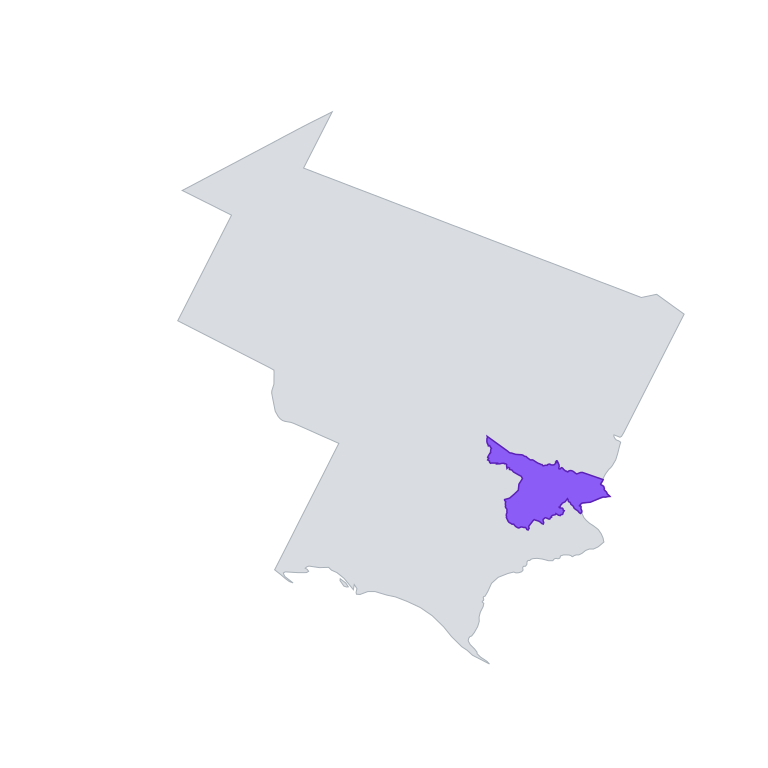 Mauritania, with Assaba highlighted, rotated 297°
{"feature_id": "MRT-2789", "entity_name": "Assaba", "entity_type": "Region", "adm_level": 1, "iso_a3": "MRT", "parent_name": "Mauritania", "parent_adm1": "", "projection": "natural_earth1", "projection_center": [-11.553, 16.707], "detail": "fine", "context": "in_parent", "style": "filled", "palette": "violet", "viewbox_px": 768, "rotation_deg": 297, "n_neighbors": 0, "source": "natural_earth", "source_scale": "10m", "svg_char_len": 7038}
<svg xmlns="http://www.w3.org/2000/svg" viewBox="0 0 768 768"><g transform="rotate(297 384 384)"><path d="M336.7,649.0L335.9,648.6L332.1,645.6L330.2,641.9L327.2,639.2L323.0,637.3L320.2,635.2L319.0,632.9L317.4,631.3L315.8,630.5L315.6,629.7L316.0,628.5L315.6,626.3L313.2,621.5L310.9,619.3L308.9,619.7L307.8,619.1L307.1,618.0L306.8,616.5L305.5,615.1L303.2,614.6L301.3,611.0L299.9,604.5L298.1,599.4L295.8,595.7L294.2,594.3L293.0,594.1L292.6,593.5L292.3,592.5L290.6,592.1L288.1,593.2L285.9,592.8L284.8,591.0L283.3,590.9L281.3,592.4L279.2,591.9L276.9,589.6L275.6,587.3L275.4,585.0L271.4,580.4L263.6,573.5L255.2,570.3L246.0,570.7L240.9,570.4L239.8,569.3L238.6,569.4L237.5,570.6L236.3,570.9L235.0,570.2L234.2,570.7L233.9,572.5L230.6,573.4L224.5,573.4L219.5,574.5L215.8,576.6L210.4,577.6L203.5,577.3L199.3,576.5L197.9,575.2L195.9,574.9L193.4,575.6L191.0,579.0L189.0,585.1L187.3,588.6L185.9,589.5L184.5,594.1L183.6,601.8L182.4,605.1L182.5,586.0L184.5,578.9L185.2,572.6L189.6,558.8L194.7,547.4L199.4,532.3L201.3,517.8L200.8,503.5L199.5,490.8L197.2,482.4L195.0,470.2L191.7,463.8L185.6,458.2L184.2,454.9L185.7,453.7L189.4,452.8L191.8,448.5L186.8,450.1L192.7,436.7L194.6,427.6L194.3,421.6L195.5,417.9L191.1,409.9L187.7,399.8L186.0,398.2L184.1,397.4L184.0,399.7L182.9,401.9L180.8,400.6L177.0,393.3L171.8,381.3L170.0,380.1L168.4,381.7L167.4,383.3L165.5,393.3L165.0,389.3L165.8,384.6L167.2,378.9L168.8,370.9L173.4,370.9L181.6,370.9L198.1,370.9L206.3,370.9L222.8,370.8L231.0,370.8L247.5,370.8L255.8,370.8L272.2,370.8L280.5,370.8L296.9,370.7L305.2,370.7L310.6,370.7L310.3,365.0L310.1,360.5L309.7,354.5L309.4,348.5L309.1,342.5L308.8,336.8L308.5,331.1L308.2,325.9L307.9,321.1L307.5,318.3L305.8,312.8L305.4,310.1L305.9,307.2L307.0,304.5L310.3,299.5L315.1,295.7L320.7,291.3L325.0,288.0L327.2,287.1L333.9,286.0L339.1,283.4L344.2,280.9L346.4,279.6L346.6,274.9L346.7,171.5L371.9,171.5L378.5,171.5L424.9,171.5L431.5,171.5L465.2,171.5L465.2,166.6L465.1,159.6L465.1,150.0L465.0,140.4L464.9,123.5L464.8,116.3L471.5,121.1L484.9,130.5L491.6,135.2L505.0,144.7L518.5,154.2L531.9,163.6L538.7,168.4L545.4,173.1L552.1,177.8L558.9,182.5L572.4,192.0L578.0,196.0L586.7,202.3L594.8,208.3L603.0,214.3L590.5,214.3L573.8,214.3L562.5,214.3L550.8,214.3L539.9,214.3L540.9,224.0L542.0,234.7L543.2,245.3L544.3,255.9L545.4,266.6L548.8,298.4L549.9,309.1L551.0,319.7L552.2,330.3L553.3,340.9L555.5,362.2L556.6,372.8L557.8,383.4L558.9,394.0L560.0,404.6L561.1,415.2L563.4,436.5L564.5,447.1L565.6,457.7L566.7,468.3L567.9,478.9L569.0,489.5L570.1,500.1L571.2,510.7L573.4,531.9L574.6,542.5L575.7,553.1L576.8,563.7L577.9,574.0L582.2,579.4L587.7,586.2L586.2,595.8L584.4,607.2L582.5,619.7L567.4,619.7L552.6,619.7L515.6,619.7L508.2,619.7L471.1,619.7L463.7,619.7L449.4,619.7L445.2,619.4L443.7,618.4L443.1,612.0L441.8,612.4L440.4,614.3L439.6,616.3L439.9,619.0L439.6,621.3L434.9,622.2L428.5,623.7L421.7,624.9L414.9,624.5L412.5,624.0L410.0,623.1L404.6,622.2L401.7,622.1L398.3,622.3L394.3,622.8L393.0,624.0L390.0,628.8L387.1,634.4L385.1,634.4L383.0,631.3L377.1,625.6L370.0,618.0L366.7,614.2L365.0,613.7L361.6,616.4L358.7,619.0L355.7,622.7L354.3,626.2L353.2,630.4L352.7,635.3L351.6,641.0L349.1,645.6L346.2,649.1L344.0,650.8L343.1,651.7L336.7,649.0ZM189.4,440.2L187.1,444.3L186.1,442.8L185.7,440.0L187.8,436.1L188.8,434.1L190.6,433.4L189.4,440.2Z" fill="#d9dde1" stroke="#a8b0b8" stroke-width="1"/><path d="M386.4,636.4L385.2,634.4L383.8,632.8L382.8,630.6L381.6,629.3L372.4,621.6L371.8,620.7L368.4,615.2L367.5,614.3L366.6,613.9L364.5,613.4L364.2,613.4L364.1,613.5L364.3,613.8L364.5,614.0L364.7,614.4L364.6,614.6L364.5,614.8L364.2,615.3L363.8,615.5L362.8,615.8L362.2,616.2L360.9,617.8L359.9,618.4L358.9,618.3L357.9,618.0L357.8,617.9L358.1,616.1L359.0,614.2L359.2,612.0L359.6,609.9L361.0,608.1L361.3,607.1L361.5,606.0L361.6,605.5L361.8,604.9L362.6,604.2L363.1,603.2L363.0,602.8L362.9,602.3L363.2,601.6L363.6,601.1L364.5,600.6L365.1,599.5L361.2,598.8L358.7,596.9L358.1,596.8L357.6,596.9L357.0,596.8L356.5,596.3L354.6,596.6L354.2,596.2L353.8,595.9L353.5,596.5L353.6,597.5L354.0,598.4L354.4,599.4L354.1,600.1L353.6,600.5L353.1,600.7L352.9,601.4L353.0,602.1L352.2,602.1L351.2,602.0L350.2,602.1L349.3,602.4L348.6,602.0L347.9,601.0L346.8,600.8L346.3,599.1L346.6,596.0L345.8,596.1L345.1,595.8L344.7,595.2L343.4,593.7L341.8,593.1L341.5,593.4L341.4,593.7L340.8,593.4L340.2,593.0L338.9,593.0L338.5,592.2L338.3,588.8L337.7,588.1L336.9,587.9L336.3,587.5L335.6,587.3L334.9,587.5L334.3,588.0L332.9,589.3L331.5,589.5L331.3,588.2L332.0,585.3L332.0,583.5L331.8,582.8L331.6,581.4L331.4,580.7L331.4,579.4L330.0,578.9L323.1,577.6L322.2,577.9L321.4,578.8L320.9,578.9L320.5,578.7L319.8,578.6L319.4,578.7L319.2,577.9L319.2,577.2L319.9,576.5L320.3,575.5L320.3,574.7L319.7,574.1L319.5,573.2L319.3,572.2L318.8,570.9L317.7,570.2L316.9,569.5L316.7,568.5L316.7,566.6L317.2,564.8L318.0,563.2L317.2,561.7L317.4,560.2L317.4,558.7L317.6,557.8L318.0,557.0L320.6,553.6L321.7,553.3L322.1,552.9L322.5,552.5L324.1,552.0L324.6,552.0L325.0,552.1L325.5,551.9L325.9,551.5L326.5,551.2L327.3,550.9L328.2,550.4L329.2,548.4L330.0,547.7L331.1,547.5L331.8,546.8L333.0,546.2L334.4,545.9L334.7,545.5L334.8,544.7L335.2,544.2L335.8,543.9L339.3,547.7L345.1,550.1L350.3,551.9L356.0,549.7L362.6,550.3L364.1,548.1L364.1,545.3L364.4,539.3L365.4,536.9L364.8,534.6L366.2,533.9L366.0,532.3L364.6,531.9L365.7,531.1L366.8,530.3L367.9,529.9L368.2,528.6L367.6,527.5L367.8,527.2L367.8,526.8L367.4,526.1L366.8,525.0L365.4,523.4L365.2,522.9L364.0,520.8L364.9,520.9L363.5,517.9L362.6,516.1L362.4,515.7L361.7,514.9L362.2,513.6L363.3,512.9L363.4,510.8L365.4,511.0L365.6,509.7L366.6,509.6L368.9,509.7L369.9,509.9L370.3,509.7L370.6,510.1L371.5,510.2L372.4,509.5L374.5,508.8L375.5,508.9L375.8,508.0L377.1,506.1L376.2,505.1L377.1,504.3L378.3,502.7L379.4,501.8L382.1,500.5L383.1,500.6L384.2,499.7L380.3,524.8L379.9,526.2L379.8,527.6L380.4,529.0L381.1,533.3L383.5,538.9L383.7,540.4L383.4,542.0L383.9,543.5L383.7,544.3L383.4,545.1L382.8,548.8L383.1,549.6L383.7,550.3L383.9,551.4L383.4,556.5L383.4,557.7L383.6,558.8L383.6,559.6L383.5,560.3L384.0,561.4L383.7,562.0L383.3,562.5L383.6,563.4L384.3,564.0L385.1,565.1L385.3,565.7L385.6,566.3L386.2,566.3L386.9,566.7L387.5,567.4L387.9,568.1L387.8,569.6L388.3,570.8L389.1,572.1L390.1,572.6L390.7,572.7L391.3,572.9L392.4,572.3L392.8,572.9L393.4,572.6L393.9,572.5L394.1,572.9L394.1,573.4L393.6,574.0L392.8,574.1L392.8,575.2L392.0,575.8L391.6,576.5L389.7,577.7L389.0,577.7L388.4,577.9L387.9,578.4L388.2,579.4L389.7,579.9L390.1,580.2L390.2,581.1L389.9,582.0L389.6,582.5L389.4,582.9L389.2,584.1L389.0,584.7L388.9,585.4L389.3,586.4L389.0,587.0L389.1,587.7L390.4,588.1L391.4,589.1L391.9,590.3L392.1,591.8L391.9,592.9L391.8,594.1L391.4,594.9L391.4,596.0L391.3,596.3L392.0,597.2L394.3,599.2L395.3,600.9L398.3,622.6L398.2,622.6L397.5,622.8L396.0,622.7L393.8,622.4L393.2,622.4L392.8,622.8L392.7,623.6L392.7,625.4L392.5,626.3L392.2,626.6L391.6,627.0L391.2,627.7L390.9,627.8L390.5,627.8L390.1,627.9L389.5,628.6L389.3,629.3L388.9,630.8L388.5,631.6L387.5,632.6L387.2,633.3L386.7,635.7L386.4,636.4Z" fill="#8b5cf6" stroke="#5b21b6" stroke-width="1.5"/></g></svg>